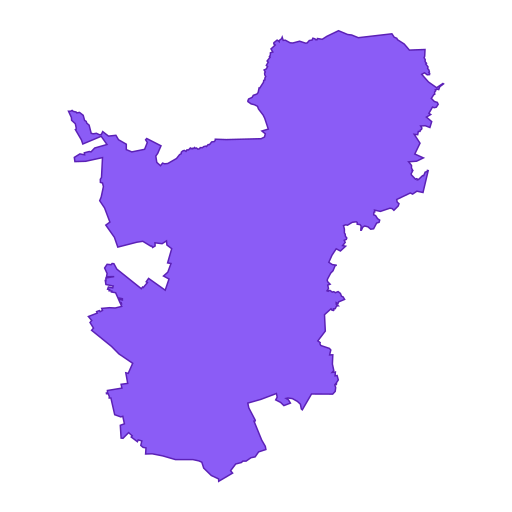 San Luis de la Paz, Guanajuato, Mexico
{"feature_id": "50627088B5782289806416", "entity_name": "San Luis de la Paz", "entity_type": "district", "adm_level": 2, "iso_a3": "MEX", "parent_name": "Mexico", "parent_adm1": "Guanajuato", "projection": "albers", "projection_center": [-100.461, 21.381], "detail": "fine", "context": "isolated", "style": "filled", "palette": "violet", "viewbox_px": 512, "rotation_deg": 0, "n_neighbors": 0, "source": "geoboundaries", "source_scale": "gbopen_adm2", "svg_char_len": 5999}
<svg xmlns="http://www.w3.org/2000/svg" viewBox="0 0 512 512"><path d="M338.3,379.9L337.1,375.5L335.1,375.8L335.4,372.0L332.2,372.4L333.8,370.5L332.4,364.1L332.8,354.8L329.6,354.9L330.8,350.0L329.4,348.4L320.8,345.5L319.9,343.8L320.2,342.6L317.8,340.9L325.3,331.1L324.5,314.7L331.0,308.8L331.9,310.1L333.4,310.5L333.9,310.0L333.5,308.8L335.3,308.6L336.5,306.0L338.2,305.8L336.2,304.2L336.2,302.6L338.0,303.6L338.6,301.9L344.6,299.4L343.1,296.9L341.5,296.2L340.4,293.4L338.1,291.6L335.4,292.7L333.8,291.7L332.3,292.1L330.1,290.5L329.0,290.5L328.2,291.3L327.0,290.8L328.5,288.4L327.7,285.1L330.1,284.2L327.9,282.0L327.2,280.5L327.5,279.1L330.7,273.1L333.0,270.8L335.1,265.7L336.7,265.2L332.3,264.6L328.8,262.3L332.0,255.2L336.2,248.8L340.4,251.0L345.6,246.2L342.6,245.6L345.2,242.4L344.2,240.3L346.3,239.4L346.8,238.0L345.4,236.2L345.2,234.1L344.4,233.0L344.4,229.1L343.5,225.6L345.8,224.8L347.5,225.2L352.3,222.3L356.2,221.8L357.2,222.4L357.2,224.2L360.1,224.6L361.1,226.1L360.8,230.2L361.4,230.2L362.8,227.1L364.7,226.0L367.9,226.8L370.7,229.2L373.6,228.8L376.6,223.1L379.1,222.3L379.7,220.1L377.5,218.6L375.6,215.6L373.7,214.8L373.9,212.2L374.8,211.9L374.5,210.1L380.4,211.4L389.9,208.2L392.2,208.6L393.9,210.3L398.2,206.0L399.0,203.7L397.2,202.1L396.7,199.5L410.3,193.0L412.6,194.1L416.9,191.2L423.0,192.5L428.2,170.6L427.4,170.4L427.1,171.6L425.2,172.1L423.6,175.7L422.6,175.6L418.4,179.6L417.6,179.8L417.8,179.3L416.6,178.7L415.5,179.2L411.4,174.9L411.2,173.6L412.4,171.5L412.1,170.8L412.8,170.5L411.5,168.1L411.5,165.4L408.6,161.8L416.6,161.2L423.4,157.9L414.8,154.0L420.0,143.2L414.2,134.3L417.7,134.7L418.3,131.5L420.0,131.4L420.4,130.1L421.5,129.4L421.9,128.0L420.6,126.0L425.2,125.7L429.9,127.5L431.7,121.6L426.4,117.1L430.7,114.5L428.9,113.3L432.5,107.1L434.2,107.7L436.3,107.2L438.2,104.3L437.3,102.4L434.4,101.5L431.3,98.4L433.9,94.5L434.7,94.3L434.6,92.0L435.7,90.8L435.3,89.8L437.3,89.2L438.7,89.6L439.8,86.7L443.5,83.9L442.9,83.5L436.6,87.7L428.5,82.0L421.7,74.3L424.5,72.8L427.2,74.8L429.5,74.6L429.7,73.5L428.8,72.5L429.4,71.9L428.9,70.0L427.6,68.5L428.0,66.9L425.8,64.0L426.5,63.3L425.1,61.6L425.2,59.6L424.1,57.7L424.7,56.2L425.0,49.5L409.4,50.1L404.2,44.0L397.5,39.7L396.8,38.3L394.2,37.2L391.9,33.8L358.3,37.7L351.7,35.0L347.6,34.5L338.5,30.7L326.9,36.3L322.2,39.3L317.4,38.5L317.1,39.7L315.8,39.8L314.9,38.8L312.9,38.2L312.0,40.1L309.3,40.5L307.2,42.9L305.7,43.2L299.6,41.2L292.8,43.0L290.1,42.8L285.3,40.2L283.2,40.4L282.2,37.2L281.6,38.7L279.2,40.5L279.2,41.7L277.1,40.1L273.9,42.7L273.8,43.9L275.2,45.0L271.0,48.9L272.8,52.0L270.4,52.8L270.3,55.2L269.4,56.7L270.1,57.2L267.1,61.0L268.2,62.2L266.3,65.4L267.6,66.6L266.3,68.9L264.1,70.0L265.3,72.0L264.6,73.0L264.8,74.9L265.7,76.5L264.9,78.0L264.9,79.9L263.7,80.4L263.5,82.2L259.8,88.0L259.1,87.9L258.1,92.6L256.8,94.1L253.3,95.3L252.1,97.4L248.6,99.0L247.9,100.7L247.9,101.6L251.1,103.9L254.4,104.7L257.5,106.3L258.5,109.0L263.1,115.0L264.7,118.2L268.3,129.1L261.9,131.0L265.3,133.8L264.5,137.0L261.2,138.7L226.3,139.6L215.3,139.2L215.2,140.5L214.2,141.6L211.7,141.9L209.5,144.6L208.1,144.6L206.5,146.5L205.9,146.1L203.7,146.6L202.4,147.7L200.2,147.6L199.7,148.6L198.0,149.2L196.5,148.0L195.1,148.4L194.6,147.5L192.8,148.8L192.1,148.2L191.1,148.8L190.3,148.0L188.6,149.9L186.9,149.9L186.0,151.4L184.3,150.4L182.8,150.9L181.3,152.2L181.2,153.7L179.6,154.6L176.5,158.5L167.8,163.5L164.6,163.8L162.6,163.1L160.5,165.7L156.8,162.4L155.8,156.1L157.7,153.4L161.0,145.8L146.7,138.5L145.6,139.8L147.3,142.5L144.6,149.3L131.8,151.9L126.3,149.6L126.3,144.2L118.5,139.7L115.9,135.3L108.5,136.1L102.7,131.6L101.4,134.4L99.6,134.8L96.4,133.3L93.2,133.8L91.2,133.3L89.1,125.1L86.8,123.2L86.2,121.4L84.6,120.4L83.2,115.3L79.5,112.4L76.8,112.9L76.1,112.0L73.3,111.4L72.1,110.4L70.6,111.2L68.5,111.2L71.4,117.5L71.6,120.3L75.3,123.7L76.2,127.9L76.1,129.3L75.4,129.6L81.4,139.9L82.8,144.0L101.2,136.3L107.0,144.5L94.7,148.0L91.0,151.9L89.3,151.5L84.3,152.8L84.6,154.8L79.9,153.9L74.3,157.4L74.9,161.6L85.6,161.3L102.5,157.6L101.5,177.4L100.3,179.3L100.4,182.4L102.5,183.0L103.4,186.6L101.2,197.0L99.7,200.7L104.6,208.0L109.9,222.1L105.8,225.1L114.4,237.3L117.8,247.1L136.9,242.2L142.8,241.3L150.7,246.1L151.8,246.1L152.6,247.5L155.1,246.0L155.0,242.8L162.1,243.7L166.5,240.9L166.9,245.0L171.7,248.7L167.6,262.9L171.0,263.5L167.8,272.2L163.5,276.0L169.0,279.0L165.2,290.2L148.6,278.4L146.2,281.8L147.4,282.6L143.3,287.5L142.6,287.0L141.3,288.7L116.8,269.1L113.9,263.7L112.1,263.5L111.1,264.7L107.1,264.3L104.6,268.0L107.1,273.5L106.5,276.7L114.2,276.6L105.9,278.0L105.9,280.7L105.3,280.6L105.9,284.5L113.2,286.0L112.7,287.9L108.4,287.0L107.6,289.2L109.6,289.5L109.1,290.7L111.8,291.1L111.5,292.0L115.6,292.7L117.9,297.8L122.4,298.7L122.4,300.0L118.5,299.2L119.9,302.4L121.2,302.6L121.5,303.6L120.4,303.4L121.7,306.4L115.2,308.0L109.6,307.7L101.7,308.4L102.5,310.4L100.1,311.7L99.4,310.6L96.6,311.6L97.3,313.1L88.4,316.5L91.7,320.5L90.0,322.5L93.5,328.1L91.6,330.3L111.5,346.4L118.9,353.9L132.7,363.3L128.2,373.4L125.8,372.8L127.7,383.4L121.1,384.3L121.9,388.1L107.4,390.5L107.6,392.9L106.4,393.0L106.5,393.7L108.1,393.7L109.3,396.4L109.2,398.0L110.9,398.0L114.7,414.7L120.8,416.9L122.8,416.3L124.4,423.8L120.3,425.3L121.1,438.1L123.0,438.3L128.6,432.6L132.2,435.8L131.2,437.0L137.4,441.7L138.2,439.9L141.8,440.9L140.8,445.4L143.1,447.4L146.0,447.9L145.6,454.0L152.2,453.8L162.8,455.9L175.5,459.6L193.0,459.6L198.9,460.9L201.8,462.2L203.7,468.1L211.3,475.5L218.6,478.9L218.7,481.3L232.6,473.1L230.6,470.7L235.7,464.0L241.4,462.5L242.9,461.1L246.1,461.1L251.0,457.7L255.1,456.9L258.6,451.9L265.9,449.5L265.3,446.3L261.7,440.1L254.0,421.2L255.0,421.1L255.3,420.3L248.8,407.9L247.8,403.1L260.8,399.4L276.4,393.5L277.2,397.1L275.7,399.9L280.6,402.4L283.9,405.6L290.4,403.1L288.4,399.8L286.1,398.4L288.0,398.0L292.4,398.6L297.4,401.4L300.4,404.2L301.3,408.9L302.3,409.8L311.5,394.0L332.7,394.1L335.2,391.4L335.7,387.6L334.8,384.8L335.4,384.0L336.2,384.5L336.5,384.0L335.9,383.6L338.3,379.9Z" fill="#8b5cf6" stroke="#5b21b6" stroke-width="1.5"/></svg>